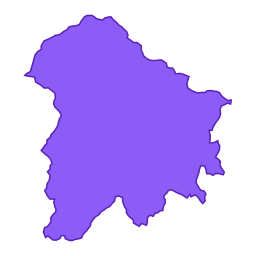 the district of Guapiara, São Paulo, Brazil
{"feature_id": "56859067B39220328701947", "entity_name": "Guapiara", "entity_type": "district", "adm_level": 2, "iso_a3": "BRA", "parent_name": "Brazil", "parent_adm1": "São Paulo", "projection": "mercator", "projection_center": [-48.549, -24.213], "detail": "fine", "context": "isolated", "style": "filled", "palette": "violet", "viewbox_px": 256, "rotation_deg": 0, "n_neighbors": 0, "source": "geoboundaries", "source_scale": "gbopen_adm2", "svg_char_len": 3059}
<svg xmlns="http://www.w3.org/2000/svg" viewBox="0 0 256 256"><path d="M78.3,238.9L81.7,237.9L83.0,234.5L84.7,232.6L86.5,230.9L88.3,228.6L90.3,225.9L91.0,222.6L92.9,219.9L95.4,216.9L99.1,214.5L101.2,211.6L104.0,210.1L105.9,208.4L109.9,206.3L111.9,203.8L114.6,201.1L115.2,197.1L119.0,195.9L122.7,198.1L122.6,201.4L124.6,206.8L126.5,209.8L126.3,212.5L128.1,215.4L130.5,217.8L133.1,219.7L133.6,223.1L139.1,226.3L141.7,223.5L146.5,225.3L147.3,222.0L147.6,217.4L149.9,215.3L153.3,216.3L154.9,213.3L157.6,212.8L159.7,211.0L162.9,210.5L163.1,207.1L165.2,203.1L165.3,199.7L163.7,197.7L164.5,195.2L166.9,193.0L168.1,190.7L171.4,189.7L174.5,191.4L177.5,193.0L181.8,194.7L185.0,196.7L187.1,198.0L189.9,194.5L191.1,196.9L193.9,195.3L196.3,195.3L198.9,198.5L200.4,200.9L202.7,203.5L205.1,201.1L204.6,197.1L205.9,194.2L204.3,191.2L200.5,190.1L198.3,186.6L196.2,183.0L196.3,179.9L197.9,175.4L198.9,172.4L199.5,169.4L200.8,165.6L204.6,166.1L206.1,170.1L206.7,173.7L210.3,173.7L212.8,175.4L215.0,173.7L218.6,173.5L223.2,174.8L224.3,172.3L221.3,167.7L219.8,164.9L220.5,161.5L217.9,158.8L215.5,157.2L218.0,152.9L219.4,149.6L219.7,145.8L218.2,143.3L217.8,140.7L215.5,142.0L212.5,143.0L209.6,142.7L210.2,139.0L210.2,135.3L209.1,130.4L212.1,130.3L212.9,127.5L214.2,125.1L216.2,121.9L218.2,119.4L219.6,117.2L220.6,113.2L220.0,109.4L221.5,105.9L224.2,104.9L227.2,103.2L230.7,104.0L231.2,100.0L227.8,100.6L225.2,98.7L223.0,97.2L221.2,95.3L219.7,92.7L216.7,91.4L214.2,91.2L210.8,90.5L207.2,90.9L204.5,92.6L201.7,92.4L198.1,93.0L194.6,91.9L190.8,90.1L187.6,87.6L186.9,83.1L188.1,79.4L189.0,76.6L186.6,75.7L183.8,74.4L180.0,73.4L175.6,73.8L174.5,70.8L172.4,68.0L169.4,68.0L167.1,66.9L166.4,63.2L163.4,61.1L161.2,59.9L157.8,60.2L154.4,60.6L150.1,60.2L146.8,58.6L143.8,56.1L142.6,53.1L141.4,50.4L141.2,45.7L137.1,42.5L133.7,42.6L130.0,39.8L127.1,37.8L128.0,35.2L126.8,31.8L124.1,29.2L121.2,26.5L118.4,24.7L116.4,22.3L113.2,19.5L110.9,16.8L107.9,17.1L104.7,18.1L102.5,20.1L99.1,19.3L96.5,18.7L94.3,16.8L91.9,15.4L89.4,15.4L86.6,15.6L84.3,17.0L81.2,21.1L79.5,24.4L76.0,25.8L72.3,26.0L68.9,27.0L67.1,29.6L63.7,31.4L60.8,33.8L58.2,35.0L55.5,35.3L52.5,37.1L49.4,38.6L46.4,39.9L44.1,40.9L42.3,43.9L41.1,46.3L41.4,49.2L37.7,51.6L35.2,54.7L34.1,58.4L33.1,62.3L32.3,65.0L31.3,68.2L30.4,71.5L26.5,73.7L24.8,75.4L28.3,76.2L31.0,76.5L34.5,77.2L35.7,82.1L38.6,83.8L41.3,85.5L44.3,88.1L48.2,87.8L54.8,93.0L55.5,98.1L54.1,100.8L53.6,103.9L55.0,107.2L57.4,109.5L59.1,111.3L60.8,113.7L61.2,116.6L59.5,118.5L58.6,121.8L57.7,125.6L55.6,129.4L53.3,132.3L51.0,134.7L50.3,137.6L47.1,139.7L46.7,143.6L44.6,145.6L43.1,148.1L41.2,150.5L44.7,153.7L47.9,156.2L50.6,159.0L51.9,163.8L50.1,165.6L50.1,169.2L47.4,171.7L50.0,175.4L49.3,180.2L47.0,184.0L46.7,187.9L44.7,190.6L47.2,195.5L49.7,199.0L54.8,199.2L53.7,202.0L54.9,206.9L56.1,209.7L55.5,212.4L53.4,214.0L50.6,218.0L51.1,221.3L49.2,224.3L47.3,226.7L44.6,227.6L43.4,232.1L45.6,237.5L48.0,235.9L52.7,239.9L56.3,240.2L59.9,238.5L61.3,235.5L64.7,235.9L65.3,238.7L68.7,240.2L72.0,240.6L75.1,239.4L78.3,238.9Z" fill="#8b5cf6" stroke="#5b21b6" stroke-width="1.5"/></svg>